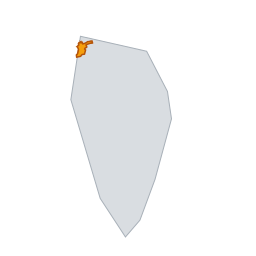 location of Beane Field, Vieux Fort, Saint Lucia, rotated 161°
{"feature_id": "8701671B19465815393412", "entity_name": "Beane Field", "entity_type": "district", "adm_level": 2, "iso_a3": "LCA", "parent_name": "Saint Lucia", "parent_adm1": "Vieux Fort", "projection": "orthographic", "projection_center": [-60.946, 13.74], "detail": "fine", "context": "in_parent", "style": "filled", "palette": "amber", "viewbox_px": 256, "rotation_deg": 161, "n_neighbors": 0, "source": "geoboundaries", "source_scale": "gbopen_adm2", "svg_char_len": 2266}
<svg xmlns="http://www.w3.org/2000/svg" viewBox="0 0 256 256"><g transform="rotate(161 128 128)"><path d="M172.8,173.4L143.1,230.2L85.4,194.5L78.8,149.7L83.9,122.5L119.2,70.6L146.7,37.0L165.9,25.8L177.2,70.5L172.8,173.4Z" fill="#d9dde1" stroke="#a8b0b8" stroke-width="1"/><path d="M142.6,222.2L142.8,222.2L143.1,222.2L143.3,222.2L143.4,223.6L143.4,223.9L143.5,224.2L143.8,224.2L144.0,224.1L144.3,224.2L144.3,224.3L144.4,224.2L144.4,224.3L144.5,224.3L144.5,224.5L144.7,224.8L144.8,224.9L144.8,224.7L145.0,224.5L145.0,224.4L145.0,224.2L145.5,224.2L146.6,224.7L146.8,224.5L146.8,224.4L147.0,224.2L147.3,223.9L147.5,223.8L147.6,223.7L147.4,223.3L147.4,223.2L147.4,222.8L147.7,222.3L148.8,222.0L149.3,221.7L149.8,221.5L149.7,221.4L149.6,221.2L149.4,221.0L149.4,220.9L149.3,220.7L149.3,220.4L149.3,220.2L149.3,219.9L149.3,219.7L149.3,219.4L149.2,219.3L149.2,219.2L149.2,218.9L149.2,218.7L149.3,218.6L149.3,218.4L149.4,218.2L149.5,218.0L149.5,217.9L149.6,217.7L149.8,217.5L149.8,217.4L149.9,217.2L150.0,217.2L150.1,216.9L150.2,216.7L150.3,216.7L150.4,216.4L150.5,216.3L150.5,216.2L150.7,215.9L150.8,215.8L150.8,215.7L151.0,215.5L151.0,215.4L151.2,215.2L151.3,215.1L151.4,214.9L151.5,214.8L151.5,214.7L151.9,214.4L152.0,214.3L152.1,214.2L152.3,214.2L152.5,214.1L152.8,214.0L153.0,213.9L153.1,213.7L153.1,213.4L153.1,213.2L153.2,212.9L153.3,212.8L153.3,212.7L153.3,212.4L153.3,212.2L153.4,211.9L153.5,211.8L153.5,211.7L149.5,211.2L148.1,212.1L147.6,212.4L147.3,212.4L145.1,212.0L142.7,215.6L143.3,216.8L143.2,216.9L143.1,217.0L142.9,217.3L142.7,217.4L142.6,217.5L142.4,217.5L142.2,217.5L141.9,217.6L141.7,217.8L140.9,217.7L140.8,217.9L140.7,218.0L140.6,218.3L140.5,218.5L140.5,218.8L140.5,219.0L140.6,219.3L140.7,219.5L140.7,219.8L140.7,220.0L140.5,220.3L140.4,220.4L140.2,220.4L139.9,220.4L139.7,220.4L139.4,220.4L139.2,220.4L138.9,220.4L138.7,220.4L138.3,220.4L138.1,220.4L137.9,220.4L137.6,220.4L137.3,220.4L137.2,220.4L136.9,220.4L136.6,220.4L136.4,220.4L136.2,220.4L135.9,220.4L135.6,220.4L135.4,220.4L135.4,220.2L133.9,219.9L133.8,220.2L133.8,220.9L133.7,222.0L134.8,222.3L135.4,222.4L136.6,222.4L137.7,222.7L138.2,222.8L138.4,222.7L139.4,222.4L140.5,222.2L141.8,222.1L142.3,222.2L142.6,222.2L142.6,222.2Z" fill="#f59e0b" stroke="#b45309" stroke-width="1.5"/></g></svg>